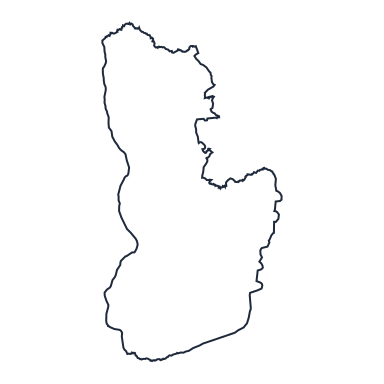 outline of Wa West, Upper West, Ghana
{"feature_id": "2480657B35206472883168", "entity_name": "Wa West", "entity_type": "district", "adm_level": 2, "iso_a3": "GHA", "parent_name": "Ghana", "parent_adm1": "Upper West", "projection": "robinson", "projection_center": [-2.68, 9.917], "detail": "fine", "context": "isolated", "style": "outline", "palette": "slate", "viewbox_px": 384, "rotation_deg": 0, "n_neighbors": 0, "source": "geoboundaries", "source_scale": "gbopen_adm2", "svg_char_len": 5961}
<svg xmlns="http://www.w3.org/2000/svg" viewBox="0 0 384 384"><path d="M275.9,178.9L274.3,174.7L273.7,174.4L273.5,173.4L272.7,172.7L272.3,171.5L271.2,171.2L270.4,170.3L267.7,169.7L266.3,168.7L264.9,168.8L264.5,168.1L264.2,168.4L263.6,168.1L263.4,168.5L262.6,168.7L262.7,169.1L262.3,169.0L262.1,169.6L259.9,169.9L259.3,170.8L257.8,170.6L256.1,172.9L253.9,172.2L253.3,173.5L252.2,174.0L251.9,174.5L251.6,174.2L250.8,174.8L247.5,174.3L247.3,175.3L246.1,175.8L245.4,176.7L245.7,177.2L244.2,179.8L243.5,180.3L243.4,179.9L242.8,179.8L242.6,180.4L242.4,180.1L241.4,180.6L240.0,180.4L238.7,181.8L238.4,181.4L237.0,182.1L235.1,181.8L234.9,181.2L232.8,179.2L230.4,178.4L228.2,180.0L226.4,181.9L226.0,182.8L226.3,186.0L225.2,186.2L225.1,186.8L224.5,185.8L223.6,186.5L222.8,186.0L222.5,186.7L222.8,187.1L221.5,187.5L220.4,187.2L220.3,188.0L219.8,187.3L219.5,187.6L219.4,186.9L219.0,187.1L219.2,186.4L218.7,186.2L218.3,186.4L217.3,185.7L215.8,185.8L215.6,185.3L215.3,185.6L215.1,184.9L214.3,184.5L214.0,184.7L213.5,183.9L212.2,184.4L211.1,184.0L211.0,183.6L209.8,183.7L209.2,182.8L209.7,181.5L211.3,179.9L209.4,179.7L208.3,180.1L206.8,180.0L205.1,178.4L202.7,177.5L202.2,177.7L202.2,175.8L203.2,172.1L203.7,167.1L206.2,163.6L207.4,161.1L207.3,159.7L206.4,158.2L206.7,157.8L208.2,157.5L209.6,155.8L210.0,154.2L212.4,152.4L209.7,150.2L209.0,150.2L209.1,149.3L209.6,148.9L208.8,148.7L208.2,148.8L207.8,150.6L206.4,151.4L206.3,152.5L205.7,152.9L205.1,152.9L203.3,151.3L202.4,149.2L204.5,148.7L205.1,147.7L205.1,146.1L204.2,144.7L201.7,142.4L200.4,142.1L199.3,142.4L198.8,143.1L198.6,142.8L197.8,136.6L196.2,132.7L196.1,129.3L195.2,125.8L195.3,124.1L197.0,119.4L203.6,118.8L204.8,120.4L206.1,120.5L207.0,120.3L207.4,118.5L216.3,117.6L216.9,118.1L217.4,117.4L219.1,117.3L219.0,116.2L215.8,114.9L214.5,113.2L213.5,113.0L211.5,111.6L210.6,109.2L212.5,107.9L213.1,103.6L212.0,100.4L212.8,98.2L213.9,96.7L212.6,96.1L212.3,96.5L211.3,96.3L210.9,97.1L209.7,96.8L209.3,97.6L209.0,97.0L208.4,97.1L208.1,98.1L207.0,97.5L204.8,98.1L205.0,96.8L204.8,94.9L205.1,93.8L204.8,92.9L207.9,89.7L213.3,86.6L214.6,84.9L213.4,84.4L212.0,82.2L211.4,77.8L211.6,76.1L210.7,74.6L210.5,72.6L209.2,71.5L206.4,67.4L203.1,64.9L200.7,64.1L198.4,60.9L196.3,59.0L194.4,56.0L195.7,54.6L198.3,53.1L195.8,46.2L194.6,46.7L193.7,46.2L192.9,46.6L192.7,46.0L190.6,46.1L189.4,47.4L189.2,49.3L188.0,49.9L187.9,50.4L186.8,50.7L186.4,51.4L184.2,51.9L183.7,51.6L182.4,51.7L181.9,51.0L181.3,50.9L181.1,50.4L179.6,49.9L179.1,50.2L178.5,49.8L178.5,49.4L178.0,49.3L177.4,50.7L173.4,52.8L172.0,52.4L171.8,51.0L169.6,51.3L168.3,49.7L165.6,48.9L164.9,47.9L163.8,47.1L162.3,47.4L161.7,46.9L159.5,47.1L159.0,46.6L158.0,47.0L157.7,47.8L156.8,47.2L155.8,47.5L154.6,46.4L154.1,45.4L154.6,43.4L154.0,41.8L153.4,41.3L153.1,41.6L152.4,41.4L152.6,40.7L153.2,40.1L152.8,39.5L153.0,38.6L151.9,37.7L150.7,38.2L150.5,36.8L149.7,35.2L147.6,34.9L146.7,33.6L145.9,33.7L145.4,33.2L143.8,32.8L142.8,31.8L141.7,31.8L139.8,29.7L139.1,27.6L138.7,28.4L138.0,28.2L137.6,28.7L136.1,28.2L135.8,28.6L134.9,28.4L134.9,27.9L132.8,25.7L132.7,24.5L131.5,23.6L130.3,24.4L129.6,23.0L128.8,24.1L128.2,24.0L128.1,23.6L125.9,23.8L124.1,25.5L124.1,26.0L123.0,25.5L123.0,26.1L122.2,26.8L122.3,27.5L121.8,27.6L121.4,29.7L120.6,29.3L120.3,29.6L119.5,29.1L118.2,30.2L117.5,29.8L116.9,31.7L117.2,32.0L116.2,32.6L114.3,33.5L113.2,33.5L112.4,32.9L111.2,33.4L111.4,32.8L110.5,32.7L110.3,34.4L109.7,35.4L109.2,35.3L109.3,35.9L108.2,35.6L106.5,36.5L106.5,37.0L105.6,36.9L105.3,38.0L102.4,40.5L102.4,43.1L104.3,47.0L104.6,51.9L105.3,54.4L105.3,57.1L106.1,61.2L105.7,63.2L104.0,66.9L103.1,67.9L102.8,69.2L102.9,73.8L103.7,77.9L103.8,80.7L104.4,84.4L105.4,86.3L105.8,88.4L105.7,90.5L104.4,96.8L104.7,99.7L104.5,102.6L105.5,106.2L105.6,108.5L107.0,111.6L107.2,113.1L108.7,117.3L108.5,122.7L108.9,127.6L111.5,131.1L112.3,136.7L114.8,141.5L117.1,144.5L119.3,148.3L121.3,150.4L123.9,152.2L125.5,154.3L126.8,160.4L129.1,167.5L128.4,173.3L127.9,174.7L127.3,175.6L125.8,176.3L124.5,177.8L124.0,179.2L120.5,185.8L118.2,194.7L118.6,196.2L118.6,200.4L119.8,203.4L119.2,206.1L119.1,211.1L121.4,217.5L127.0,229.0L130.8,232.8L135.6,238.6L136.9,241.0L137.6,244.0L137.5,245.4L136.4,249.1L134.6,252.2L133.9,252.5L132.1,252.4L126.6,256.1L125.4,256.4L121.1,260.7L120.5,262.0L120.2,265.1L117.0,269.9L115.8,274.9L114.9,277.0L112.5,280.1L110.8,286.2L109.8,287.6L106.8,289.7L104.6,292.6L104.7,295.6L106.3,300.5L108.4,305.0L108.2,307.1L106.4,313.8L106.2,320.9L106.7,323.7L107.7,324.8L108.0,326.0L108.6,326.0L109.6,326.9L114.3,329.0L119.8,329.9L121.2,331.1L122.1,332.8L121.8,336.5L123.4,347.6L124.5,349.7L126.0,351.0L127.4,354.0L128.6,353.6L130.2,354.0L131.3,353.7L131.6,352.9L131.8,353.1L132.2,352.8L132.9,353.3L133.1,352.8L134.9,352.9L135.6,355.5L136.5,355.7L137.7,358.0L139.0,358.3L140.0,359.1L140.8,358.9L141.4,359.5L143.3,358.9L145.5,358.9L146.1,358.4L147.7,358.6L149.9,359.8L150.3,360.5L150.9,360.3L151.3,360.9L152.2,361.0L153.2,360.2L154.6,360.6L155.0,360.2L155.8,360.4L157.0,359.4L159.1,359.1L159.7,359.2L160.3,360.0L160.6,359.7L161.5,359.9L161.8,359.4L162.6,359.4L163.1,358.8L163.4,359.1L164.6,358.9L165.9,358.3L166.7,357.3L168.0,356.9L168.6,355.9L169.5,355.4L171.6,355.6L172.7,354.7L176.8,353.5L177.1,352.9L178.2,353.3L180.8,352.5L183.5,352.7L185.5,351.6L188.7,350.9L193.3,348.0L199.8,345.4L202.9,343.6L234.9,332.7L238.3,330.2L243.6,327.5L247.0,323.3L248.7,317.8L250.0,310.9L250.5,310.0L250.8,308.0L249.7,295.0L250.1,292.8L257.1,290.5L261.5,288.6L262.0,287.1L262.3,285.6L262.0,284.0L260.7,282.7L256.5,281.1L257.7,270.5L260.9,269.5L262.4,268.4L262.8,267.6L262.5,265.6L261.4,263.5L259.4,261.7L262.0,257.4L260.5,254.4L260.3,250.7L261.0,249.0L261.9,248.0L267.5,246.6L269.4,242.4L268.8,240.6L269.7,239.4L271.4,235.3L273.2,233.1L273.9,232.9L274.1,221.8L275.7,222.0L278.4,218.9L278.9,214.5L277.1,212.1L275.9,211.3L274.4,211.1L274.9,209.7L275.7,201.5L280.0,201.0L281.5,199.7L281.6,195.9L279.8,192.8L277.5,191.2L276.4,190.9L275.3,185.2L275.9,178.9Z" fill="none" stroke="#1e293b" stroke-width="2"/></svg>